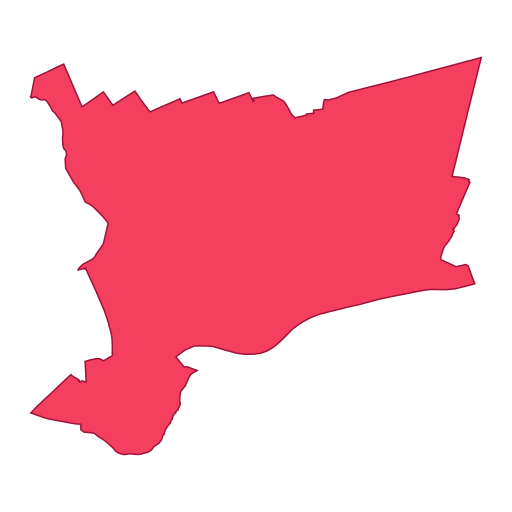 Wageningen, Gelderland, Netherlands
{"feature_id": "6326949B29880735882164", "entity_name": "Wageningen", "entity_type": "district", "adm_level": 2, "iso_a3": "NLD", "parent_name": "Netherlands", "parent_adm1": "Gelderland", "projection": "albers", "projection_center": [5.656, 51.969], "detail": "fine", "context": "isolated", "style": "filled", "palette": "rose", "viewbox_px": 512, "rotation_deg": 0, "n_neighbors": 0, "source": "geoboundaries", "source_scale": "gbopen_adm2", "svg_char_len": 5762}
<svg xmlns="http://www.w3.org/2000/svg" viewBox="0 0 512 512"><path d="M31.5,97.9L32.5,97.6L34.2,96.9L35.4,96.9L36.1,97.3L38.1,98.6L39.5,99.4L39.9,99.6L40.5,99.7L41.4,99.9L44.9,99.7L46.5,100.9L47.5,102.2L50.1,106.3L51.4,108.6L51.7,109.2L52.4,110.7L52.8,111.2L54.7,112.7L58.4,117.7L61.1,121.5L61.4,122.5L61.5,123.0L62.0,125.9L62.9,130.3L63.0,131.1L62.9,134.4L62.5,138.7L62.8,143.5L63.1,146.1L63.5,147.9L63.7,148.3L65.3,150.3L66.1,151.4L66.4,153.5L66.5,154.8L66.5,155.2L66.0,156.4L65.8,156.7L65.7,157.2L65.4,157.9L65.2,159.0L65.2,159.5L65.6,167.5L65.7,168.1L65.8,168.6L68.0,172.4L73.5,182.1L73.7,182.4L75.9,185.1L78.4,188.5L79.1,189.4L79.9,190.7L81.0,192.7L82.3,195.5L84.9,201.3L85.1,201.7L85.7,202.3L86.1,202.6L88.8,203.8L90.5,204.8L91.8,205.7L93.2,206.8L96.6,210.2L103.4,217.2L106.5,220.9L107.5,222.0L107.6,222.5L108.0,223.1L108.0,223.9L108.0,224.4L107.9,224.8L107.5,225.9L105.8,233.3L104.9,237.5L103.4,243.3L103.0,244.4L96.3,254.0L94.7,256.9L93.7,258.0L93.4,258.3L92.9,258.6L90.8,260.0L82.8,264.4L79.0,268.1L78.7,268.5L78.5,269.1L78.2,270.0L85.5,268.2L85.1,269.2L85.5,269.3L86.0,269.3L96.5,292.4L103.4,308.5L104.4,310.9L106.9,318.2L109.2,325.1L109.1,325.3L108.9,325.4L109.6,327.6L110.2,329.8L110.6,331.2L111.3,334.1L111.6,335.9L111.8,337.4L112.1,340.0L112.2,342.4L112.3,346.2L112.3,354.7L112.3,355.3L112.0,355.9L111.7,356.1L110.7,356.7L108.1,358.1L104.3,360.4L103.6,360.6L103.0,360.5L102.4,360.2L100.2,358.9L98.4,358.6L97.6,358.6L97.0,358.6L93.7,359.2L90.2,359.9L88.5,360.4L86.7,361.0L85.1,361.4L86.0,378.4L86.2,381.9L84.2,381.5L82.0,380.8L79.9,382.2L78.8,380.9L79.3,380.3L75.5,377.8L75.3,377.9L73.6,376.9L70.9,374.6L58.5,386.2L53.4,391.2L45.4,398.5L42.6,401.2L35.7,407.8L30.9,413.0L37.7,415.4L46.8,418.5L57.9,420.7L71.2,423.1L76.4,424.0L76.5,423.9L80.9,424.2L80.8,429.5L83.6,431.9L84.4,432.2L88.4,432.5L90.2,432.6L91.5,432.8L93.6,433.2L94.8,433.7L98.7,436.8L99.8,437.5L103.0,439.5L105.8,441.5L109.3,444.5L111.5,446.6L113.0,447.9L115.3,450.8L116.8,452.0L118.7,453.1L121.2,453.9L122.1,454.2L123.6,454.5L125.2,454.5L126.9,454.2L129.8,453.8L132.5,454.1L138.1,454.5L141.8,454.0L144.1,453.0L144.3,453.0L144.3,452.9L146.2,452.8L147.6,452.3L148.8,451.7L151.1,450.3L151.5,449.9L151.9,449.5L153.8,446.7L154.2,446.2L155.7,445.5L157.0,444.5L159.1,443.1L160.2,441.6L160.6,440.9L161.1,440.2L161.6,439.6L161.9,438.6L162.0,438.3L162.5,437.3L162.5,436.6L162.8,435.1L163.0,435.0L163.9,434.4L164.1,434.2L164.2,433.9L164.3,433.5L164.5,432.4L164.6,431.7L165.8,429.0L166.5,427.9L168.0,425.7L168.6,425.0L169.6,423.9L170.5,422.7L170.6,422.3L170.6,421.2L171.6,419.8L172.4,418.6L172.5,418.3L172.6,417.5L172.7,417.0L173.1,416.0L173.9,414.3L174.4,413.5L175.1,413.3L175.6,413.2L175.7,412.9L175.6,412.6L175.6,412.4L176.4,411.1L177.0,410.7L178.2,409.5L178.3,409.1L178.4,408.5L179.6,406.2L179.8,405.5L179.9,404.8L180.4,403.8L180.4,403.6L180.4,403.4L179.9,402.2L179.8,401.9L179.7,401.3L179.7,400.3L179.8,397.4L180.0,395.6L180.5,392.7L180.8,391.1L181.9,390.2L183.0,388.6L184.7,386.5L185.3,385.8L186.1,383.8L187.4,381.0L188.7,377.8L189.3,376.7L190.7,374.4L191.8,373.7L194.3,372.1L196.6,370.9L197.2,370.5L197.0,370.3L193.5,369.2L189.3,367.5L187.4,366.8L185.7,366.9L184.2,367.0L175.9,357.0L176.8,356.1L184.9,350.1L192.3,346.9L194.5,345.9L198.5,345.9L206.8,346.0L212.9,346.5L225.3,350.1L236.2,353.1L240.0,353.7L245.0,354.3L254.7,354.1L258.6,353.5L261.1,353.1L262.6,352.6L267.1,350.9L271.9,348.2L274.6,346.3L279.9,341.7L287.6,334.2L292.6,329.0L297.7,325.2L299.0,324.3L303.1,321.7L309.5,318.2L312.1,317.1L314.2,316.2L317.9,314.8L320.1,314.1L330.1,311.5L343.1,308.3L346.6,307.4L359.0,304.6L375.4,300.2L379.3,299.2L384.2,298.1L392.3,296.4L406.0,293.8L414.1,292.1L424.9,290.1L430.7,289.5L432.6,289.5L445.9,289.7L455.3,288.8L470.6,284.9L474.8,283.8L473.2,279.6L470.8,273.3L470.1,271.1L469.8,270.3L469.5,269.5L469.4,269.3L468.3,266.2L465.9,264.5L456.1,266.7L440.9,259.6L440.6,257.9L440.9,256.9L441.0,256.5L441.6,254.4L442.1,252.8L442.4,251.9L442.6,250.9L443.2,249.2L444.1,247.1L444.4,246.7L445.0,245.7L447.6,242.6L449.0,240.7L449.3,240.2L449.8,239.3L451.3,237.0L451.7,236.3L452.1,235.5L452.6,234.0L454.2,231.3L454.2,230.9L454.1,230.6L453.0,229.7L453.4,228.5L453.7,228.3L454.3,228.3L454.3,228.2L455.6,225.9L456.1,225.8L456.4,225.5L456.7,225.0L459.0,219.6L459.2,219.0L459.2,218.3L459.2,217.9L458.9,216.7L459.1,215.4L456.4,213.9L469.8,182.4L469.3,182.3L469.5,181.8L468.5,181.3L469.2,179.6L465.0,178.0L457.7,177.0L454.4,176.8L453.0,176.4L452.0,176.5L453.7,169.5L455.5,162.7L458.8,148.8L459.1,147.6L466.3,118.3L466.6,117.0L466.8,116.1L467.9,111.4L468.6,108.7L469.3,105.9L473.4,89.4L473.9,87.1L474.7,84.3L475.7,79.9L476.5,77.0L479.1,66.1L481.2,58.1L481.3,57.5L480.8,57.5L480.7,57.7L465.1,61.8L452.2,65.3L415.8,75.0L408.2,77.2L402.0,78.7L398.7,79.6L348.6,92.3L336.0,98.1L328.2,100.0L324.4,99.5L324.4,99.9L323.9,101.3L323.6,102.4L323.5,103.4L322.9,107.9L323.1,109.1L319.8,109.6L313.6,110.1L313.6,113.3L306.6,114.0L306.8,114.9L301.7,116.3L300.3,116.5L295.1,117.8L292.3,115.1L292.0,114.7L291.5,114.2L289.9,111.5L289.7,110.8L289.0,109.5L285.0,102.8L284.3,102.0L283.3,101.0L281.9,100.1L278.7,98.5L278.1,98.1L276.2,97.1L274.6,95.9L273.2,94.9L272.0,95.1L270.8,95.4L270.0,95.5L264.4,96.3L259.0,97.3L256.6,97.6L253.2,98.3L253.3,99.2L253.9,100.6L254.0,100.8L253.9,101.0L253.1,101.5L252.8,100.7L249.5,93.9L248.9,92.7L219.2,103.3L217.8,100.6L213.6,91.8L182.0,103.0L180.6,100.2L179.9,98.7L177.6,99.8L169.1,103.5L164.8,105.4L153.9,110.1L150.1,111.9L149.7,111.4L148.5,110.2L147.2,108.3L146.6,107.4L144.3,104.5L143.0,102.6L141.1,100.2L139.6,98.0L137.1,94.2L134.9,91.1L133.6,91.9L125.1,97.3L112.9,105.2L109.4,100.5L103.4,91.9L88.1,102.7L82.4,106.6L82.0,106.8L63.7,64.1L60.5,65.5L54.5,68.4L52.3,69.4L47.9,71.6L38.8,75.8L34.6,77.8L30.8,97.1L30.7,97.1L30.8,97.3L31.5,97.9Z" fill="#f43f5e" stroke="#9f1239" stroke-width="1.5"/></svg>